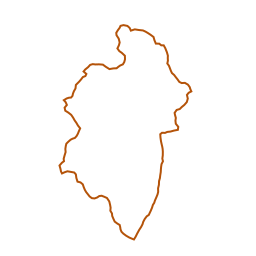 outline of Itatiaiuçu, Minas Gerais, Brazil, rotated 125°
{"feature_id": "56859067B98169129353112", "entity_name": "Itatiaiuçu", "entity_type": "district", "adm_level": 2, "iso_a3": "BRA", "parent_name": "Brazil", "parent_adm1": "Minas Gerais", "projection": "mercator", "projection_center": [-44.452, -20.206], "detail": "fine", "context": "isolated", "style": "outline", "palette": "amber", "viewbox_px": 256, "rotation_deg": 125, "n_neighbors": 0, "source": "geoboundaries", "source_scale": "gbopen_adm2", "svg_char_len": 2485}
<svg xmlns="http://www.w3.org/2000/svg" viewBox="0 0 256 256"><g transform="rotate(125 128 128)"><path d="M215.9,59.2L212.6,59.4L209.4,59.9L204.9,60.4L201.5,60.5L198.5,60.9L196.1,61.7L192.9,62.1L189.6,62.0L187.3,61.1L185.1,61.5L182.7,61.9L179.5,62.6L176.7,63.5L174.2,63.6L172.1,64.3L168.6,65.0L165.5,65.7L163.1,66.6L160.1,68.8L156.8,70.1L153.7,72.1L150.8,73.1L148.2,74.5L145.3,75.9L142.9,77.4L140.8,78.6L138.4,79.8L135.2,80.3L133.4,82.3L130.5,83.8L127.4,85.9L125.3,87.6L123.7,89.2L122.1,91.0L120.0,93.3L117.1,96.0L114.6,98.0L112.4,97.4L110.7,94.8L108.7,93.6L106.6,91.2L103.8,88.9L100.9,86.1L98.2,87.5L97.1,91.3L94.7,93.4L92.3,94.6L90.5,96.8L88.9,98.5L85.3,98.5L82.8,96.5L80.0,96.0L76.8,95.1L73.0,94.7L69.6,95.9L67.1,98.7L64.3,98.5L61.7,97.1L60.5,99.1L59.1,100.9L58.1,103.8L58.4,107.3L60.4,109.8L60.8,112.4L59.7,115.5L58.9,118.2L58.1,120.6L57.8,123.5L56.6,125.6L55.1,127.8L53.5,130.2L52.6,132.8L50.0,133.9L47.8,135.6L45.9,136.8L43.7,139.5L41.2,143.3L39.8,146.2L41.2,148.2L41.0,150.8L42.9,153.6L41.0,156.6L38.8,159.3L38.7,162.9L38.8,166.3L39.0,168.9L39.5,171.7L41.5,175.3L43.3,179.0L46.6,181.5L45.1,184.0L44.7,187.0L46.3,190.7L48.6,192.7L50.8,192.3L53.8,192.4L56.8,192.2L58.6,190.6L60.1,186.9L62.7,183.9L65.4,182.9L68.9,182.3L70.0,179.2L70.0,176.2L70.6,172.0L73.4,169.9L76.1,168.9L78.8,168.7L81.2,170.2L83.4,171.0L85.6,171.6L87.6,174.2L90.4,177.0L90.6,181.5L90.5,184.9L92.5,188.3L94.6,191.1L95.9,193.5L98.0,195.2L101.1,195.6L104.6,196.6L107.2,196.8L107.6,193.1L109.9,192.7L112.2,194.2L115.0,194.3L118.1,194.6L122.6,195.4L125.7,193.7L128.9,193.4L131.4,192.8L133.5,191.9L135.7,192.1L137.1,193.8L139.0,195.2L142.0,196.5L142.6,193.9L144.2,191.3L147.7,191.6L149.8,189.3L149.6,185.7L149.8,182.1L151.0,178.9L152.4,176.0L153.4,173.2L154.7,170.4L155.7,167.0L158.8,166.4L161.3,165.8L164.0,165.5L166.6,165.8L168.6,167.3L170.5,168.3L173.4,169.0L176.2,169.5L178.3,168.7L181.1,167.3L183.5,165.3L186.6,164.3L190.2,163.0L191.9,161.4L194.4,162.2L198.0,162.6L200.1,160.0L202.0,158.0L203.1,156.0L200.7,154.6L198.2,152.8L196.4,148.9L195.3,146.5L195.9,144.1L198.5,141.7L200.9,138.6L199.8,135.7L200.1,132.7L201.8,130.4L203.4,127.9L204.5,125.5L205.3,122.8L206.1,120.2L206.2,117.4L204.9,115.0L202.6,113.4L200.2,112.5L198.6,110.7L198.0,108.2L197.4,105.1L198.9,101.2L201.3,98.5L203.3,96.5L205.9,95.0L207.2,92.1L209.1,90.5L210.8,87.8L212.3,85.2L212.4,81.9L212.2,79.2L213.7,77.5L215.3,76.0L216.7,73.9L217.2,71.3L217.3,67.8L217.0,64.2L216.5,61.7L215.9,59.2Z" fill="none" stroke="#b45309" stroke-width="2"/></g></svg>